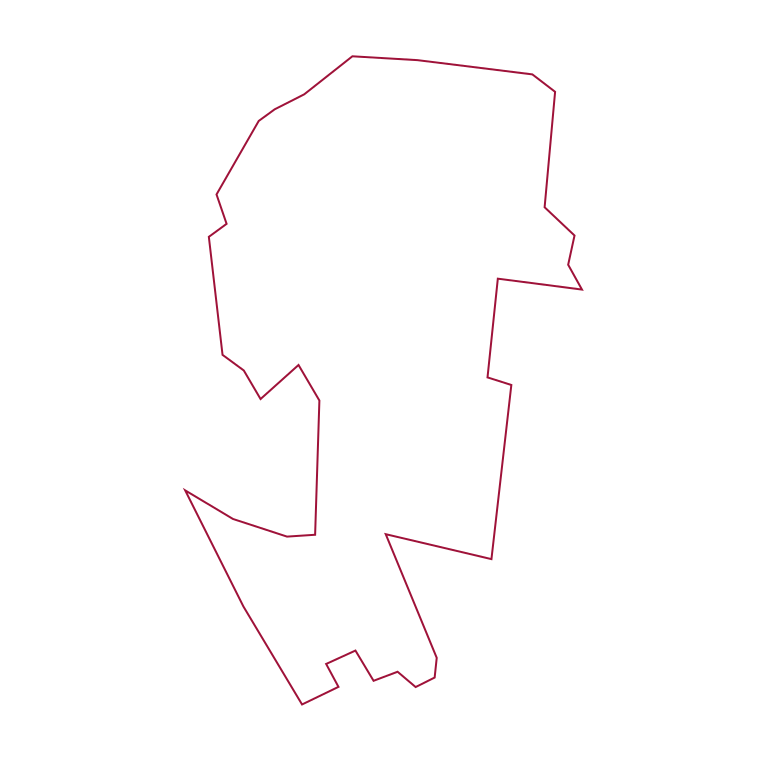 outline of Arnasay, Jizzakh, Uzbekistan, rotated 184°
{"feature_id": "79887680B99021392156444", "entity_name": "Arnasay", "entity_type": "district", "adm_level": 2, "iso_a3": "UZB", "parent_name": "Uzbekistan", "parent_adm1": "Jizzakh", "projection": "equal_earth", "projection_center": [67.818, 40.546], "detail": "fine", "context": "isolated", "style": "outline", "palette": "rose", "viewbox_px": 768, "rotation_deg": 184, "n_neighbors": 0, "source": "geoboundaries", "source_scale": "gbopen_adm2", "svg_char_len": 628}
<svg xmlns="http://www.w3.org/2000/svg" viewBox="0 0 768 768"><g transform="rotate(184 384 384)"><path d="M233.7,687.4L257.6,703.2L373.2,709.4L438.4,708.7L483.8,667.4L512.2,650.4L527.3,637.7L564.3,561.4L552.2,532.8L569.0,518.6L547.1,401.8L524.8,387.7L506.1,360.4L470.6,397.0L447.3,363.0L442.2,228.8L470.1,225.0L525.2,238.8L574.9,264.0L508.7,152.2L443.4,58.6L408.3,78.7L422.2,100.7L393.9,116.1L373.7,87.2L350.4,97.9L331.3,83.9L313.0,94.7L312.3,114.5L371.8,234.3L264.6,216.8L256.9,391.9L281.2,397.8L277.8,497.0L193.1,492.0L208.6,515.8L204.3,545.4L236.1,571.5L233.7,687.4Z" fill="none" stroke="#9f1239" stroke-width="2"/></g></svg>